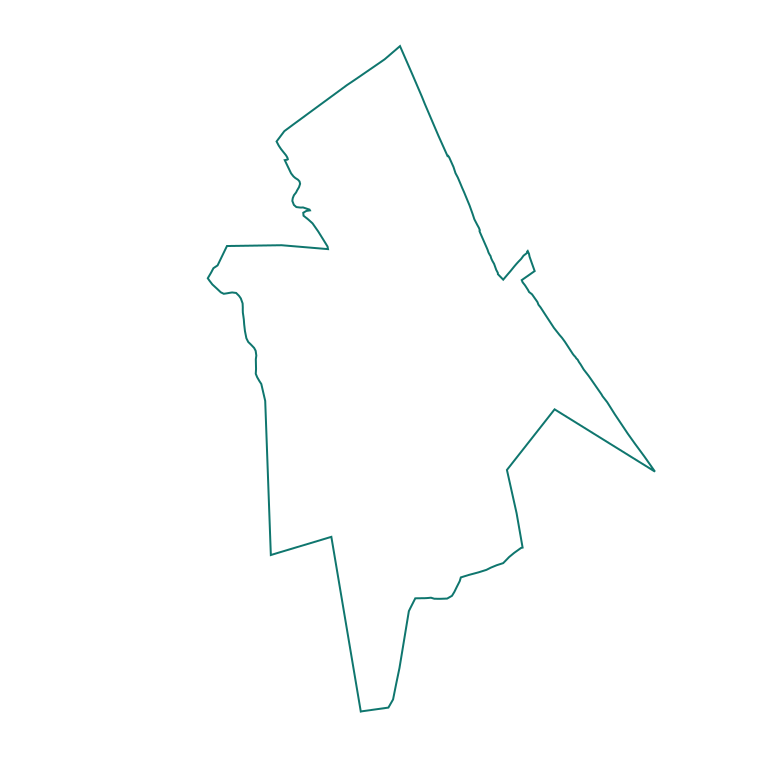 San Pedro Apóstol, Oaxaca, Mexico, rotated 235°
{"feature_id": "50627088B6565378180513", "entity_name": "San Pedro Apóstol", "entity_type": "district", "adm_level": 2, "iso_a3": "MEX", "parent_name": "Mexico", "parent_adm1": "Oaxaca", "projection": "albers", "projection_center": [-96.731, 16.743], "detail": "fine", "context": "isolated", "style": "outline", "palette": "teal", "viewbox_px": 768, "rotation_deg": 235, "n_neighbors": 0, "source": "geoboundaries", "source_scale": "gbopen_adm2", "svg_char_len": 2662}
<svg xmlns="http://www.w3.org/2000/svg" viewBox="0 0 768 768"><g transform="rotate(235 384 384)"><path d="M452.7,549.5L454.0,549.8L454.6,550.0L455.0,550.7L457.5,551.3L461.1,551.7L467.1,552.5L472.4,554.1L481.2,556.5L487.1,557.8L495.1,559.6L499.7,560.5L504.7,561.6L510.8,562.9L515.7,563.5L521.9,565.4L532.3,567.4L534.2,567.4L534.3,566.8L556.3,571.0L590.1,578.1L597.4,579.8L622.3,585.0L651.6,590.9L649.6,570.7L649.9,534.8L650.1,525.0L648.6,458.4L648.3,447.4L644.3,435.1L639.7,434.5L635.7,434.4L633.8,434.5L632.1,434.6L627.6,434.9L625.9,434.8L624.5,434.6L623.2,434.1L623.2,433.6L624.3,431.1L620.1,430.4L609.8,428.7L606.0,428.9L603.6,429.5L600.7,430.7L598.4,431.0L596.1,430.1L594.0,427.3L592.4,423.8L591.3,421.8L590.3,418.5L588.6,415.9L587.8,415.1L586.5,413.9L585.6,413.7L584.0,413.3L582.4,412.9L579.2,413.7L576.5,416.7L575.0,419.0L569.6,423.0L568.7,422.9L570.3,419.7L570.6,416.1L568.0,414.6L562.3,416.3L556.6,417.6L555.6,417.6L546.7,417.6L535.7,417.0L529.0,416.6L526.6,415.5L556.5,379.6L587.1,334.5L576.6,315.7L576.7,310.7L574.4,306.2L571.7,300.3L568.7,300.3L564.0,300.5L558.1,301.8L552.7,302.9L549.8,304.5L548.3,307.5L547.1,310.1L546.1,312.1L543.4,315.1L539.4,315.8L536.2,315.8L531.1,314.4L527.2,311.9L526.6,311.4L523.4,309.3L520.4,307.8L517.3,306.2L513.1,303.7L507.2,300.5L500.4,297.5L496.3,296.9L492.7,297.6L488.1,298.3L484.8,297.9L480.5,295.7L477.8,293.2L473.0,290.0L469.7,287.8L465.9,284.8L462.3,284.0L457.7,283.6L454.4,283.5L438.3,277.0L308.8,193.2L306.2,201.2L289.0,253.2L129.0,177.1L128.5,178.3L116.4,202.0L120.4,210.5L131.4,222.0L142.5,233.8L183.7,274.1L185.3,277.0L190.5,286.7L184.6,295.4L183.3,297.6L182.0,299.9L179.3,302.0L176.0,306.5L172.0,312.7L171.5,318.2L173.3,322.3L176.0,327.2L179.1,333.0L181.5,336.0L179.0,343.8L175.5,353.4L173.0,361.3L172.3,366.2L170.9,372.4L168.9,378.9L170.5,387.3L171.0,393.7L171.1,402.2L170.5,403.7L202.1,418.5L243.1,435.4L265.4,509.2L156.8,555.7L169.0,555.7L175.0,555.7L191.3,555.3L203.5,555.2L226.8,555.7L241.1,556.4L248.6,556.0L250.5,556.2L269.0,556.3L273.2,556.3L281.3,555.9L287.4,556.3L290.3,556.3L292.9,556.6L294.7,556.2L296.5,556.3L298.3,556.0L300.3,555.9L314.7,556.4L319.8,556.3L323.6,555.9L332.5,555.4L348.5,555.9L357.0,556.2L360.4,556.0L363.1,556.7L372.6,556.7L376.2,555.6L378.3,555.9L383.4,556.1L384.3,556.1L387.8,555.9L390.1,556.4L390.1,572.2L398.5,574.5L404.9,576.3L407.4,577.4L410.5,578.0L410.3,577.1L409.3,576.3L409.1,571.9L407.8,568.1L407.1,564.4L406.4,561.3L405.6,558.2L403.9,552.3L403.0,548.7L401.1,541.5L408.6,540.3L409.8,541.0L413.1,541.4L419.3,543.1L422.7,543.4L425.5,543.9L427.8,544.7L429.0,544.7L431.7,545.0L434.4,545.8L435.7,546.1L452.7,549.5Z" fill="none" stroke="#0f766e" stroke-width="2"/></g></svg>